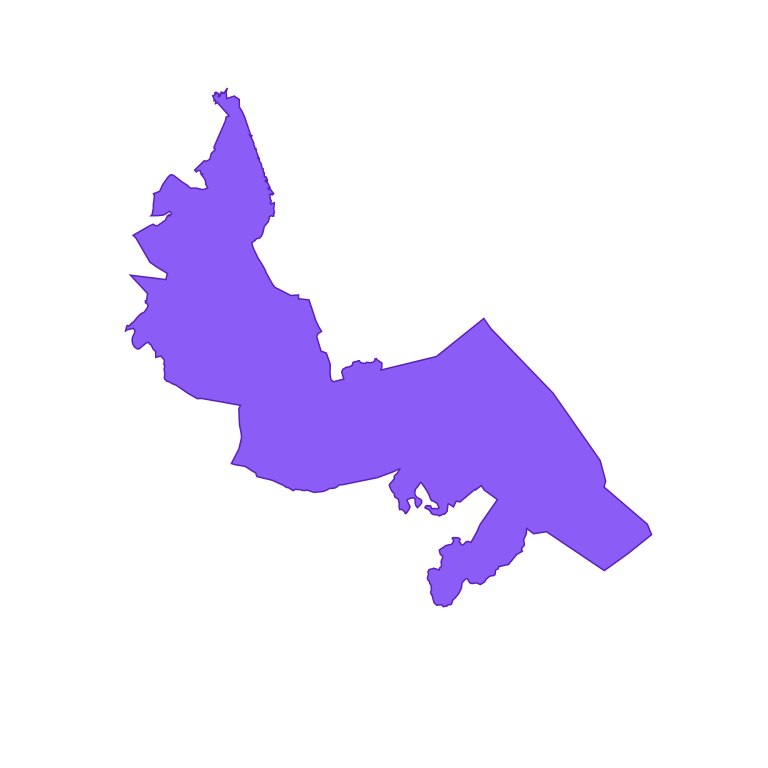 the district of Simojovel, Chiapas, Mexico, rotated 35°
{"feature_id": "50627088B247169502667", "entity_name": "Simojovel", "entity_type": "district", "adm_level": 2, "iso_a3": "MEX", "parent_name": "Mexico", "parent_adm1": "Chiapas", "projection": "robinson", "projection_center": [-92.64, 17.147], "detail": "fine", "context": "isolated", "style": "filled", "palette": "violet", "viewbox_px": 768, "rotation_deg": 35, "n_neighbors": 0, "source": "geoboundaries", "source_scale": "gbopen_adm2", "svg_char_len": 6124}
<svg xmlns="http://www.w3.org/2000/svg" viewBox="0 0 768 768"><g transform="rotate(35 384 384)"><path d="M96.2,234.0L91.5,240.4L87.2,235.3L86.0,231.3L86.1,237.6L85.4,237.3L84.8,238.8L83.6,238.0L83.1,238.6L83.9,239.1L83.6,240.5L84.0,242.3L84.4,242.1L84.4,243.0L83.5,243.5L82.3,241.2L80.8,241.0L79.9,242.2L79.1,241.4L78.4,242.4L79.7,243.6L79.2,244.1L79.0,245.7L78.4,246.2L81.2,247.9L82.4,249.5L83.2,248.4L84.5,249.4L85.0,251.1L85.4,251.0L85.8,249.0L103.4,253.2L101.6,255.7L103.3,260.0L108.5,285.8L109.3,288.3L110.4,288.1L111.3,289.1L110.3,294.2L112.4,299.7L110.9,303.3L108.7,304.2L106.2,317.4L108.6,317.9L109.3,315.6L111.0,314.7L113.9,317.0L115.4,315.6L114.5,317.3L119.3,318.8L121.8,320.6L123.3,322.5L127.1,324.6L124.9,327.9L123.5,329.0L117.8,331.2L113.1,334.7L108.6,334.0L103.4,334.3L92.6,333.8L90.1,334.2L88.9,335.7L88.4,338.4L88.3,347.1L89.7,354.9L86.0,360.3L88.2,361.8L92.1,369.3L94.2,372.2L96.9,378.2L96.6,379.8L101.8,376.1L105.9,372.6L107.3,370.8L109.1,365.7L111.1,365.8L112.2,366.4L112.3,367.2L111.8,369.4L110.8,368.6L110.2,370.8L111.0,375.1L107.5,384.7L105.9,385.3L103.2,385.6L100.8,389.8L93.2,406.1L97.0,406.7L122.5,418.5L130.6,418.5L143.2,417.7L145.4,423.6L113.9,440.3L138.4,445.5L141.5,451.5L140.8,452.8L142.1,454.3L142.6,453.5L145.9,455.2L146.3,457.0L146.4,462.8L144.7,465.5L143.8,469.8L143.2,476.7L142.1,480.0L142.3,481.0L141.8,482.7L140.4,483.1L140.0,484.0L141.7,488.0L141.9,489.6L142.3,487.1L146.9,482.1L149.5,483.3L150.4,485.3L151.0,489.2L151.9,491.6L153.6,493.9L155.6,495.5L158.2,496.7L161.3,496.9L163.2,495.9L165.7,486.8L167.1,484.9L169.2,485.7L170.6,485.5L175.4,488.1L178.2,488.3L181.8,493.1L185.1,489.1L189.4,490.1L190.6,490.6L192.4,494.2L193.8,494.8L194.5,495.6L195.1,497.7L198.5,501.2L200.5,504.9L201.8,505.9L204.1,506.0L204.4,506.4L206.5,505.4L210.3,505.2L214.4,504.2L228.9,504.1L239.5,503.1L242.8,500.5L278.6,483.8L279.3,487.6L289.1,500.4L295.5,506.5L298.1,509.7L302.4,520.3L304.6,536.7L308.5,535.4L317.5,531.1L327.2,530.8L329.5,530.3L333.1,532.7L347.5,527.0L359.6,524.7L363.2,524.7L365.5,523.7L370.8,523.5L371.9,520.9L373.8,520.1L375.5,518.8L378.1,518.0L380.6,516.5L381.5,515.1L388.9,512.9L395.7,507.0L397.9,503.8L399.3,500.7L401.5,499.2L403.8,496.9L404.8,494.3L405.1,492.4L407.8,490.3L432.3,464.5L442.4,449.9L444.6,445.5L445.8,444.6L446.0,450.3L445.3,452.0L445.4,454.0L446.8,455.7L446.1,463.0L446.4,463.8L447.1,464.6L451.8,467.2L455.7,468.2L456.6,469.6L458.0,470.4L461.7,470.1L465.0,473.1L467.4,476.7L468.8,477.9L470.5,476.5L474.6,476.8L475.0,477.7L476.2,477.7L476.5,476.6L476.3,472.0L475.7,469.6L469.8,466.2L469.5,465.0L472.2,461.3L474.0,460.1L475.2,460.3L478.4,464.2L480.3,465.6L482.3,466.1L483.0,462.4L483.0,459.7L481.6,457.8L480.5,457.5L476.3,457.9L474.3,457.5L472.9,456.8L471.6,455.6L470.1,452.0L470.5,448.6L470.3,443.8L471.5,443.6L477.5,445.7L483.5,448.4L488.5,451.8L490.1,452.3L492.2,451.5L496.0,451.4L499.9,453.7L500.0,454.5L499.0,455.7L496.1,457.4L494.9,458.8L492.0,457.1L488.4,459.4L488.2,461.4L489.0,462.0L492.7,461.2L495.5,461.9L496.4,462.6L498.0,462.8L499.4,462.6L503.5,460.3L505.0,460.4L507.1,456.7L508.3,455.8L508.7,452.0L505.3,445.7L505.8,445.0L511.4,444.8L510.3,438.5L513.9,437.1L518.9,418.2L519.7,418.4L522.0,411.4L527.1,413.4L543.2,413.6L543.3,443.9L544.9,452.3L546.1,463.8L542.9,464.8L541.7,466.4L541.2,470.1L540.4,471.1L538.9,471.0L538.1,470.3L536.1,470.2L535.6,467.8L534.5,467.1L532.3,467.8L528.7,470.2L528.3,470.8L528.7,471.5L530.1,471.7L531.3,473.3L531.3,476.6L527.4,480.7L524.5,488.3L527.3,490.8L528.1,491.3L530.2,491.2L531.8,492.8L532.0,494.8L532.8,497.0L535.0,499.3L535.5,500.4L535.1,502.5L535.9,504.6L530.2,506.5L529.8,507.9L528.2,508.9L527.5,510.1L527.6,512.5L529.7,514.5L530.8,518.1L532.5,519.4L534.2,519.6L536.0,521.3L536.9,521.4L538.6,522.4L539.5,523.9L540.5,524.7L541.6,527.4L542.6,528.8L544.6,529.6L550.4,534.4L554.0,535.0L557.7,531.9L560.5,532.3L561.8,530.7L562.7,530.2L563.4,527.8L564.8,526.9L565.5,525.5L564.3,521.2L565.1,518.0L565.4,512.6L564.5,506.8L562.2,502.6L562.0,501.4L562.7,496.8L563.6,496.0L564.4,495.8L567.7,497.5L569.4,497.6L571.4,496.3L573.5,494.0L578.0,493.0L579.9,488.5L579.7,485.2L580.7,481.4L581.5,479.9L583.9,477.9L584.2,476.8L584.0,475.6L582.2,472.9L582.4,471.9L583.5,470.0L583.2,468.5L582.6,467.9L589.5,460.5L590.5,447.5L593.3,441.6L591.2,440.4L591.3,435.3L587.7,431.4L586.6,425.5L585.0,422.5L584.4,422.1L583.8,420.5L592.5,420.8L601.8,411.8L671.5,410.5L681.2,382.8L689.6,353.9L680.1,347.8L623.3,342.2L621.3,336.4L605.0,322.7L527.9,294.6L439.7,277.3L428.2,273.1L411.2,331.4L373.5,374.3L372.5,371.3L370.2,368.0L364.9,368.1L363.0,367.6L362.3,368.6L363.0,370.6L362.5,372.4L360.3,374.7L357.5,376.0L356.6,378.1L353.3,379.7L352.3,379.9L350.5,379.1L349.5,379.7L348.9,381.0L346.9,382.9L346.2,384.2L347.0,386.5L347.0,388.0L345.8,389.4L345.7,390.0L343.6,391.8L341.8,395.7L342.5,398.5L348.2,403.1L341.2,411.2L337.9,410.8L333.6,406.1L328.7,398.7L318.9,391.7L313.6,393.2L301.7,383.8L301.0,380.8L302.7,376.7L298.0,374.7L291.8,371.2L274.3,358.1L265.1,363.2L262.9,360.1L257.0,364.9L239.2,367.4L235.9,366.4L224.0,360.6L221.2,358.7L215.4,355.9L209.0,353.3L199.3,347.9L195.4,344.9L194.8,343.7L196.2,339.9L195.9,339.5L196.6,337.7L198.4,335.8L198.8,333.4L198.1,329.8L195.6,323.7L196.1,317.6L195.2,314.5L194.3,313.2L194.8,311.0L196.7,310.4L197.4,309.4L195.9,308.2L196.2,307.2L195.9,306.5L193.3,304.0L190.5,298.8L190.1,298.4L188.3,301.4L186.7,300.5L187.1,299.0L184.4,297.4L182.6,295.1L181.6,294.8L182.2,293.3L182.8,293.0L183.8,293.4L184.3,292.3L183.5,292.1L184.2,291.3L178.9,289.5L178.1,290.9L176.8,290.1L177.8,288.4L172.0,285.2L171.7,286.1L171.1,285.6L170.5,286.0L170.1,285.3L170.6,284.4L171.1,284.8L171.8,284.1L170.9,283.3L170.2,283.5L169.4,282.2L168.3,282.1L167.3,283.0L165.0,279.9L164.8,280.2L162.7,278.6L161.4,276.9L160.1,277.1L157.3,274.1L153.7,272.7L153.2,271.5L152.2,270.7L151.3,271.6L150.8,271.0L151.1,270.2L145.5,266.4L145.4,265.5L144.0,265.1L143.9,264.7L143.2,265.3L141.7,263.6L139.7,262.4L139.4,261.6L135.8,259.2L134.6,258.9L133.6,257.6L133.3,257.8L133.4,257.0L133.0,257.4L132.7,256.5L131.7,256.2L131.7,257.3L130.8,256.9L131.4,256.1L116.4,245.0L110.8,241.8L106.7,240.1L102.2,233.9L96.2,234.0Z" fill="#8b5cf6" stroke="#5b21b6" stroke-width="1.5"/></g></svg>